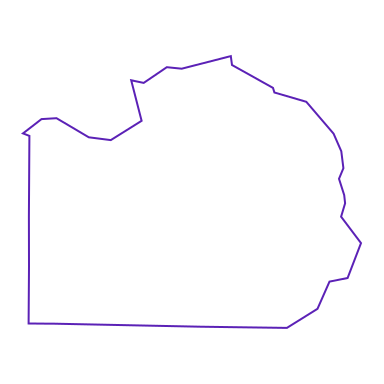 outline of Marion, Tennessee, United States of America
{"feature_id": "52423323B8492210965079", "entity_name": "Marion", "entity_type": "district", "adm_level": 2, "iso_a3": "USA", "parent_name": "United States of America", "parent_adm1": "Tennessee", "projection": "albers", "projection_center": [-85.609, 35.151], "detail": "fine", "context": "isolated", "style": "outline", "palette": "violet", "viewbox_px": 384, "rotation_deg": 0, "n_neighbors": 0, "source": "geoboundaries", "source_scale": "gbopen_adm2", "svg_char_len": 540}
<svg xmlns="http://www.w3.org/2000/svg" viewBox="0 0 384 384"><path d="M23.0,133.4L29.4,135.9L28.9,216.5L29.0,266.7L28.6,323.5L51.9,323.7L54.7,323.7L200.0,326.7L234.9,327.2L286.9,327.9L317.5,308.8L329.5,281.6L347.6,278.0L361.0,243.1L341.1,216.7L345.1,203.3L344.2,195.1L339.0,178.8L343.4,168.2L341.3,151.3L333.6,133.7L306.3,101.8L274.4,92.5L273.0,87.9L232.0,65.0L230.8,56.1L181.7,68.7L166.8,67.2L143.7,82.9L131.2,80.3L141.6,120.8L110.8,140.1L88.8,137.3L56.5,118.2L41.5,119.1L23.0,133.4Z" fill="none" stroke="#5b21b6" stroke-width="2"/></svg>